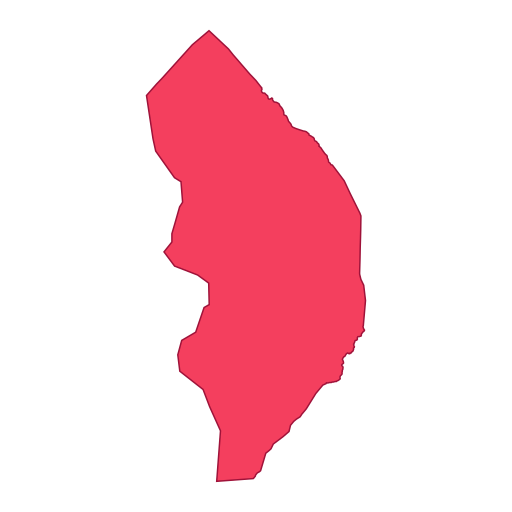 Santa Lucía Miahuatlán, Oaxaca, Mexico
{"feature_id": "50627088B60870916412077", "entity_name": "Santa Lucía Miahuatlán", "entity_type": "district", "adm_level": 2, "iso_a3": "MEX", "parent_name": "Mexico", "parent_adm1": "Oaxaca", "projection": "robinson", "projection_center": [-96.604, 16.179], "detail": "fine", "context": "isolated", "style": "filled", "palette": "rose", "viewbox_px": 512, "rotation_deg": 0, "n_neighbors": 0, "source": "geoboundaries", "source_scale": "gbopen_adm2", "svg_char_len": 3340}
<svg xmlns="http://www.w3.org/2000/svg" viewBox="0 0 512 512"><path d="M209.0,30.7L192.4,44.7L161.8,78.6L156.7,83.9L146.5,95.5L153.0,138.7L155.7,151.1L174.5,177.7L181.0,181.7L182.6,202.2L179.6,206.9L174.8,223.8L171.9,233.7L171.9,242.0L164.0,251.9L174.6,266.1L197.6,275.0L208.7,283.1L209.2,304.6L204.1,307.5L195.7,332.2L181.7,340.4L177.8,354.8L179.8,371.2L203.1,389.5L209.6,406.6L220.5,430.8L216.7,481.3L253.1,478.6L253.4,478.5L255.3,476.2L255.6,475.0L257.3,472.9L259.5,471.7L260.6,470.7L265.8,453.2L268.8,450.8L271.0,448.8L273.3,444.0L283.0,436.7L289.0,431.5L290.5,425.3L293.7,421.4L296.3,419.2L300.1,416.8L302.3,413.5L302.5,413.4L306.3,408.8L315.8,393.5L322.8,385.1L326.1,383.6L326.3,383.0L326.4,382.8L327.8,383.0L328.8,382.7L329.9,382.5L331.3,382.5L332.2,382.0L333.0,382.1L334.1,381.8L335.2,381.5L336.3,381.5L337.1,380.9L338.3,380.4L339.5,379.5L340.2,378.8L340.1,378.3L340.0,378.1L340.0,377.6L340.0,376.8L340.5,375.7L341.4,374.9L342.0,374.1L342.1,373.0L342.0,372.3L342.3,371.5L342.3,370.4L342.8,369.4L342.7,369.1L342.9,368.5L343.0,367.9L343.0,367.3L342.7,366.4L342.2,366.0L341.8,365.6L341.7,365.0L342.0,364.4L342.6,364.0L343.5,363.2L343.5,362.3L343.2,361.2L342.8,360.2L342.4,359.3L342.6,358.7L343.2,357.7L343.8,356.8L344.6,356.5L345.2,355.8L345.8,354.6L346.5,353.7L347.2,353.2L347.8,353.0L348.3,353.3L348.9,353.7L349.7,353.7L349.9,353.1L350.9,353.1L351.5,352.3L352.4,351.5L353.0,351.0L353.3,350.1L353.6,349.3L353.5,348.5L353.5,348.0L354.2,347.5L354.4,346.7L354.0,346.2L353.8,345.4L353.9,344.6L353.6,344.1L354.0,343.5L354.3,342.9L354.6,342.2L354.7,341.8L354.9,341.1L355.2,340.5L356.2,340.3L357.0,339.9L357.4,339.1L357.3,338.2L357.4,337.5L357.8,336.7L358.6,336.6L359.5,336.6L360.1,336.3L361.0,336.1L361.4,335.1L361.4,334.4L361.5,333.7L362.0,333.2L362.7,332.4L363.2,331.6L363.7,331.4L364.3,330.8L364.5,330.1L364.3,329.8L363.9,329.6L363.8,329.0L363.3,327.9L363.0,326.5L363.2,325.9L363.3,325.8L365.5,300.6L363.7,285.2L360.9,279.4L359.7,274.5L359.6,273.3L360.0,258.9L360.2,248.2L360.5,238.3L360.7,230.3L360.9,217.8L360.9,215.9L359.9,213.2L350.1,193.4L344.2,180.8L332.4,165.1L330.9,164.7L330.1,163.2L329.3,162.6L328.8,162.2L328.6,161.9L328.5,161.0L328.4,160.2L328.0,159.1L327.4,158.1L327.2,156.3L326.8,155.4L325.8,154.6L324.7,153.4L323.9,152.3L323.3,151.4L322.9,151.0L322.6,150.4L321.9,149.5L321.2,148.2L320.7,147.7L320.1,147.2L319.7,146.7L319.3,146.3L319.0,146.2L319.1,145.8L319.0,145.5L319.1,145.1L318.9,144.7L318.6,143.9L317.6,143.1L317.2,142.7L316.7,141.8L316.0,141.3L315.1,141.0L314.5,140.1L314.3,139.4L314.2,138.7L313.8,138.0L313.3,137.4L312.9,137.3L312.5,137.1L311.9,136.6L311.3,136.2L309.0,135.0L308.9,133.9L306.4,131.8L304.8,131.2L303.7,131.1L299.6,129.8L295.8,128.5L292.8,127.2L291.8,126.3L291.3,125.3L291.1,124.5L290.5,123.5L288.9,121.7L288.4,121.0L288.1,119.8L287.8,119.2L287.4,118.1L286.9,117.0L286.4,116.1L285.7,115.6L284.4,115.1L283.9,114.7L283.8,113.7L283.8,112.5L283.2,110.4L282.4,108.9L281.6,107.6L279.9,105.8L279.1,103.9L277.8,103.0L276.3,102.3L274.2,102.0L272.9,100.5L272.5,99.5L272.5,98.5L271.8,98.0L270.6,98.8L269.2,99.2L268.3,98.7L267.8,96.9L267.8,96.2L267.4,95.7L266.6,95.0L265.5,94.0L264.8,93.2L264.4,93.1L263.2,93.1L262.3,92.6L261.8,91.9L261.4,90.8L262.0,89.1L261.6,88.2L261.7,87.7L260.9,86.9L255.8,80.4L249.7,74.0L234.5,56.4L233.1,54.8L228.5,49.0L209.0,30.7Z" fill="#f43f5e" stroke="#9f1239" stroke-width="1.5"/></svg>